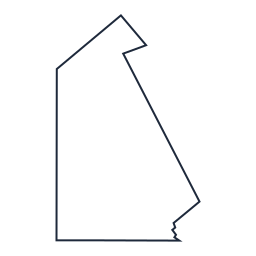 Live Oak, Texas, United States of America (orthographic projection)
{"feature_id": "52423323B21847190963699", "entity_name": "Live Oak", "entity_type": "district", "adm_level": 2, "iso_a3": "USA", "parent_name": "United States of America", "parent_adm1": "Texas", "projection": "orthographic", "projection_center": [-98.0, 28.422], "detail": "fine", "context": "isolated", "style": "outline", "palette": "slate", "viewbox_px": 256, "rotation_deg": 0, "n_neighbors": 0, "source": "geoboundaries", "source_scale": "gbopen_adm2", "svg_char_len": 300}
<svg xmlns="http://www.w3.org/2000/svg" viewBox="0 0 256 256"><path d="M179.3,240.6L174.4,237.3L176.0,234.8L172.3,229.9L175.2,227.5L173.6,223.0L197.1,203.6L199.5,201.6L123.2,53.6L146.1,45.2L120.9,15.4L56.8,69.0L56.5,240.3L83.4,240.3L179.3,240.6Z" fill="none" stroke="#1e293b" stroke-width="2"/></svg>